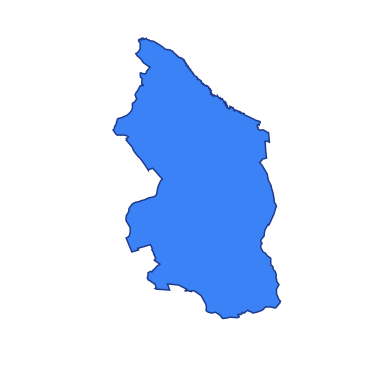 outline of Husasau De Tinca, Bihor, Romania, rotated 220°
{"feature_id": "2599482B81201825015639", "entity_name": "Husasau De Tinca", "entity_type": "district", "adm_level": 2, "iso_a3": "ROU", "parent_name": "Romania", "parent_adm1": "Bihor", "projection": "robinson", "projection_center": [21.937, 46.86], "detail": "fine", "context": "isolated", "style": "filled", "palette": "blue", "viewbox_px": 384, "rotation_deg": 220, "n_neighbors": 0, "source": "geoboundaries", "source_scale": "gbopen_adm2", "svg_char_len": 6105}
<svg xmlns="http://www.w3.org/2000/svg" viewBox="0 0 384 384"><g transform="rotate(220 192 192)"><path d="M330.6,274.3L330.1,274.2L330.2,273.6L329.9,273.3L327.7,272.9L326.3,271.6L325.2,269.9L324.0,269.0L323.3,266.2L323.4,263.2L324.0,261.9L321.6,261.1L317.0,261.1L312.3,259.8L306.1,260.3L304.4,260.8L304.5,257.3L304.3,254.9L303.4,252.9L305.6,251.1L307.5,250.6L308.1,250.0L307.9,249.4L305.3,246.9L303.1,246.8L301.0,243.7L299.5,242.1L297.5,242.9L299.9,240.0L298.7,233.9L298.7,232.2L298.0,229.9L297.6,229.4L296.7,229.2L295.3,228.2L294.4,228.2L294.2,227.9L293.8,223.5L294.4,222.9L294.6,221.6L293.4,220.0L292.5,219.3L291.3,217.3L290.6,215.2L290.6,212.1L291.2,208.9L293.8,203.6L295.7,201.0L296.0,199.8L293.5,194.6L293.5,192.7L292.1,190.2L292.3,188.7L287.5,187.5L285.9,187.5L284.7,188.4L284.5,189.0L283.4,189.5L280.9,191.8L278.7,192.9L276.7,193.5L276.1,193.3L276.7,190.5L275.3,190.2L275.2,189.7L275.4,189.4L266.5,187.9L264.3,186.6L261.9,185.7L256.4,184.6L253.4,184.5L245.2,182.4L239.4,180.6L239.2,180.5L239.4,181.5L237.5,184.8L234.1,184.5L222.8,182.7L223.3,180.6L221.7,175.0L220.4,172.1L218.0,168.2L217.4,165.9L217.5,165.3L218.8,162.9L221.4,159.8L223.4,155.3L225.2,153.0L226.4,150.6L228.7,147.7L230.0,144.7L229.9,140.8L229.6,138.7L228.0,136.6L227.0,131.4L224.6,128.1L223.8,127.6L216.5,125.0L213.5,121.4L212.0,118.5L211.9,116.8L212.9,114.4L199.5,107.4L195.7,113.2L197.3,114.0L189.9,125.0L185.8,123.0L185.8,122.1L180.8,120.0L181.0,119.6L177.4,118.2L177.0,115.4L170.2,116.1L171.1,113.0L171.2,108.8L171.6,107.9L171.3,105.0L172.6,104.8L173.8,101.9L172.1,99.9L171.0,97.4L169.1,96.5L167.0,97.1L164.4,97.1L161.7,97.8L161.6,97.4L161.0,97.6L158.1,95.9L158.3,94.3L156.7,94.8L146.1,102.5L151.7,105.9L142.5,112.1L133.4,114.2L133.2,114.1L133.2,113.6L133.9,112.1L133.5,111.8L132.0,113.6L128.6,115.3L129.0,115.9L126.7,117.7L118.5,118.5L109.3,115.0L106.9,113.0L105.1,110.3L104.8,110.2L102.6,110.3L99.3,111.7L97.6,114.0L96.4,115.1L91.7,115.6L90.2,115.5L88.2,114.8L86.9,115.0L83.7,118.6L82.8,120.3L76.9,124.5L75.7,126.0L75.7,126.9L78.1,127.6L77.8,128.2L76.1,129.4L75.4,130.4L76.1,131.5L76.1,132.2L74.6,132.5L74.5,133.0L74.1,133.1L73.4,137.2L71.3,137.3L69.7,138.4L68.4,138.1L67.1,138.9L64.7,142.2L62.4,146.3L62.0,148.0L61.9,151.0L58.6,153.9L56.8,155.1L53.9,156.4L53.4,157.3L53.4,163.4L54.1,165.3L54.9,165.1L56.2,165.5L61.8,168.3L64.9,172.0L65.8,176.9L69.5,177.9L70.7,179.2L72.1,179.9L74.6,183.1L77.6,184.7L78.8,184.6L80.1,185.1L82.3,186.9L85.0,186.9L86.2,188.5L89.2,191.9L93.5,191.5L96.4,192.3L99.0,191.8L102.6,193.2L104.6,194.5L105.1,195.6L105.1,197.2L105.7,197.9L108.0,198.5L108.5,200.7L108.5,204.6L111.0,208.3L111.8,210.4L113.0,215.9L111.9,216.0L112.2,217.5L115.1,227.9L117.2,232.7L117.9,234.5L117.9,235.2L118.6,235.4L120.1,236.5L122.3,237.0L125.1,239.8L129.4,243.4L133.3,245.9L135.7,247.8L140.9,250.0L146.3,254.3L154.0,257.0L156.2,257.7L159.2,258.0L158.9,261.2L159.2,262.5L156.7,265.9L162.8,271.7L167.7,277.0L168.8,277.5L166.5,279.6L165.4,279.9L164.2,279.4L171.4,286.6L173.4,285.9L174.4,286.1L175.5,285.5L177.0,285.6L178.7,284.2L179.5,282.9L182.2,282.7L182.7,283.9L184.0,283.9L185.1,285.5L183.5,286.2L184.4,288.0L184.3,288.9L185.2,289.7L189.4,287.9L197.0,286.1L201.5,284.7L202.3,285.6L203.2,284.9L203.5,285.2L203.9,285.0L204.3,284.2L205.1,284.1L205.3,283.7L205.6,283.9L205.5,284.3L205.7,284.5L207.0,284.3L207.2,284.2L207.0,283.7L207.7,283.9L207.7,283.4L208.1,283.2L209.6,283.5L211.3,282.8L211.4,281.4L211.6,281.3L211.9,282.2L212.7,281.7L213.1,281.9L213.2,282.4L214.2,282.6L214.6,283.0L214.9,283.0L215.0,282.4L216.7,282.5L217.2,282.1L217.8,282.1L217.1,281.3L217.5,280.9L216.7,280.7L217.1,280.3L217.0,279.5L219.3,279.2L219.3,279.5L220.1,279.6L220.0,280.6L220.7,280.8L220.9,280.6L220.8,280.4L221.1,280.3L221.1,280.8L222.2,281.0L222.4,280.3L222.7,280.6L222.4,280.7L222.6,281.1L223.0,281.0L222.7,281.4L223.3,281.3L223.1,281.6L223.7,282.5L224.8,282.4L224.6,281.9L225.0,281.8L224.7,281.4L225.2,281.7L225.7,281.5L225.8,281.7L225.5,281.9L225.7,282.2L227.3,282.1L228.5,282.9L228.6,282.4L229.2,282.6L229.4,282.3L229.2,281.9L229.7,281.5L230.1,281.8L230.8,281.5L230.7,282.0L231.1,282.3L231.3,281.6L231.6,281.5L233.1,281.6L233.2,281.8L234.1,282.0L233.8,281.7L234.3,281.6L235.2,280.7L237.1,280.5L237.2,279.8L237.8,279.7L238.3,280.0L238.5,279.7L238.2,279.4L238.6,279.5L239.0,279.2L239.4,279.7L240.2,278.6L240.0,279.0L240.5,278.9L240.4,279.2L240.8,279.8L241.4,280.0L241.2,280.2L241.5,280.3L241.4,280.6L242.1,280.5L242.2,281.5L243.0,281.5L242.8,281.9L243.4,281.8L243.4,282.1L243.7,282.4L244.3,282.2L244.4,282.6L244.9,282.4L244.7,282.8L245.1,282.5L245.6,282.7L245.7,282.4L245.9,282.6L247.3,283.1L248.5,283.1L249.2,282.9L249.0,282.5L249.5,282.4L249.8,281.9L250.2,282.2L250.6,282.2L250.6,281.9L251.1,282.0L251.2,281.7L251.6,281.9L252.0,281.8L252.2,282.0L252.6,281.8L252.9,282.1L253.3,281.5L253.9,282.1L254.1,282.0L254.0,281.7L255.2,281.9L255.2,282.2L255.7,282.3L256.2,283.0L256.5,282.7L256.5,282.4L256.8,282.4L257.0,282.7L258.4,283.0L258.7,282.6L259.7,282.5L259.9,282.3L259.9,281.9L260.1,281.9L260.2,282.2L260.6,282.1L260.6,282.7L262.7,283.3L264.5,282.7L265.8,282.8L265.9,283.1L266.8,283.4L267.4,283.2L267.9,283.4L267.8,283.7L268.5,283.6L269.3,284.1L269.6,283.9L271.2,283.9L271.2,284.6L271.9,285.0L273.1,284.5L273.9,285.1L274.3,284.6L274.7,284.6L275.0,285.0L274.8,285.2L275.1,285.5L275.4,285.4L275.9,286.0L276.5,285.6L277.2,285.6L277.1,285.4L277.3,285.2L277.8,285.2L277.9,286.2L278.5,286.1L279.1,286.7L280.3,286.5L280.3,287.0L280.7,286.9L281.6,287.5L281.9,287.3L282.7,288.0L282.8,287.7L283.0,287.9L283.9,287.6L284.2,288.0L285.5,288.1L286.1,287.5L287.3,287.5L287.6,287.0L288.1,287.0L289.1,286.4L289.3,286.8L290.6,286.9L291.6,286.6L292.1,287.0L295.7,287.0L297.6,287.4L298.9,286.8L300.0,286.9L300.0,286.6L300.7,286.2L301.9,285.8L302.6,285.0L305.0,284.0L306.4,284.3L311.2,283.9L317.2,283.0L318.6,282.6L321.5,280.8L322.8,280.8L323.6,280.2L324.4,280.0L325.6,279.9L325.9,280.2L326.4,278.7L327.0,278.7L327.3,278.4L327.2,278.1L327.7,278.0L328.1,278.5L328.7,278.1L328.4,277.7L329.2,277.7L329.4,277.1L328.9,276.9L329.5,276.1L328.7,275.9L329.5,275.3L330.1,275.5L330.1,274.7L330.6,274.6L330.6,274.3Z" fill="#3b82f6" stroke="#1e3a8a" stroke-width="1.5"/></g></svg>